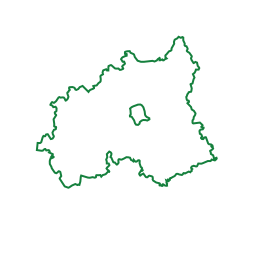 map outline of Minsk (Albers equal-area conic projection), rotated 63°
{"feature_id": "BLR-2345", "entity_name": "Minsk", "entity_type": "Region", "adm_level": 1, "iso_a3": "BLR", "parent_name": "Belarus", "parent_adm1": "", "projection": "albers", "projection_center": [27.803, 53.681], "detail": "fine", "context": "isolated", "style": "outline", "palette": "green", "viewbox_px": 256, "rotation_deg": 63, "n_neighbors": 0, "source": "natural_earth", "source_scale": "10m", "svg_char_len": 5791}
<svg xmlns="http://www.w3.org/2000/svg" viewBox="0 0 256 256"><g transform="rotate(63 128 128)"><path d="M101.1,36.8L104.3,37.7L106.5,37.2L107.1,37.4L108.0,38.6L106.8,41.0L107.9,42.0L109.0,43.5L109.5,45.7L113.3,45.9L114.3,47.4L117.6,50.3L117.6,50.7L117.3,52.1L117.4,52.4L121.6,53.2L123.6,54.6L124.3,55.3L123.7,57.4L123.7,57.7L124.5,58.7L124.9,59.8L126.2,61.0L126.8,62.0L129.1,62.7L130.3,62.7L131.1,61.6L131.8,61.5L132.5,61.9L132.7,63.4L132.9,63.8L137.9,62.3L140.4,62.8L142.6,61.5L145.6,61.2L146.8,62.2L148.1,64.4L149.9,65.7L150.5,67.0L152.3,68.0L153.1,68.1L153.6,67.7L155.8,61.5L159.1,60.3L159.6,60.4L160.3,62.1L161.0,61.7L162.0,60.5L162.5,60.8L163.1,62.0L162.5,63.7L162.5,64.2L162.7,65.2L163.2,65.7L165.8,66.6L167.0,65.6L169.0,65.8L169.6,66.0L169.7,67.2L170.3,67.5L171.4,67.1L172.0,66.1L171.9,65.6L171.1,64.4L171.4,63.1L171.7,62.8L178.2,63.6L179.3,63.1L180.3,61.5L181.9,60.7L182.3,60.8L181.7,61.5L181.8,61.9L182.0,62.1L182.5,62.1L184.5,61.4L185.0,61.5L185.5,63.1L185.6,65.1L185.9,65.3L187.2,65.3L188.8,65.9L191.0,64.5L193.9,65.1L194.5,64.5L194.7,62.7L195.4,62.8L195.9,63.5L196.3,65.3L194.1,67.8L194.8,69.0L194.9,69.6L193.7,71.8L193.3,77.5L193.1,78.8L191.6,81.5L193.3,83.7L193.4,84.2L193.1,84.9L191.5,86.6L191.3,88.6L191.9,89.7L192.5,89.9L193.7,89.4L193.9,90.2L195.2,90.7L195.3,92.0L195.7,92.5L194.4,93.7L194.4,97.9L193.6,98.5L193.4,99.0L194.1,100.2L194.3,101.3L192.7,103.4L191.5,104.4L191.0,105.4L191.0,106.1L191.8,107.6L192.0,108.6L192.0,111.3L192.2,112.0L191.8,113.0L191.9,113.4L193.1,114.2L192.0,115.9L192.3,116.2L193.5,115.6L193.8,115.9L193.6,116.7L192.1,117.7L193.5,118.0L194.2,118.6L195.5,118.5L196.2,119.1L197.1,119.4L196.9,120.1L196.0,121.2L194.1,122.2L193.9,122.6L194.0,123.1L195.2,123.6L195.1,124.0L194.1,124.7L193.7,125.7L193.5,125.9L193.0,125.8L192.3,124.9L191.6,125.0L189.4,127.6L186.3,129.4L185.0,129.4L184.1,128.7L182.7,128.3L181.9,128.7L180.2,130.6L180.1,131.3L180.7,133.0L180.1,134.1L179.6,134.4L175.6,135.0L175.6,137.2L176.0,138.6L175.7,138.9L174.0,138.9L173.5,138.5L172.2,136.2L172.6,134.7L172.3,134.1L171.2,134.8L170.2,133.7L169.4,133.8L168.4,134.3L164.7,133.7L162.6,132.5L162.0,132.6L161.4,133.5L161.8,135.5L161.6,136.3L161.0,136.8L159.2,137.3L160.3,137.9L160.4,138.3L158.6,139.1L157.8,139.8L155.4,139.7L154.2,141.1L153.3,142.7L153.4,145.4L153.3,147.9L153.0,148.6L151.9,149.8L151.7,150.5L152.2,151.2L154.7,152.2L155.6,154.0L155.4,154.7L152.7,155.4L152.1,156.4L151.6,156.6L146.8,156.3L145.9,156.8L144.3,155.0L143.1,154.3L141.8,154.5L140.5,155.4L141.7,158.7L144.6,159.7L146.3,161.8L148.1,162.1L150.0,163.0L150.9,161.3L152.6,161.4L153.2,162.6L153.7,164.5L154.3,165.5L155.8,165.3L157.2,164.5L158.2,164.4L158.5,164.7L157.9,165.8L159.0,168.9L158.5,172.0L159.2,173.9L157.4,174.0L156.5,176.1L155.7,177.6L156.0,178.0L157.3,179.0L157.2,180.1L155.7,181.9L155.0,184.6L154.0,186.2L149.1,191.3L150.0,192.2L154.1,194.8L156.6,197.1L155.8,198.0L156.0,198.6L155.9,198.9L154.0,200.4L153.8,203.9L154.2,207.3L154.1,208.3L151.3,210.9L142.1,211.9L141.8,211.7L140.5,209.3L136.5,208.3L135.8,208.6L135.1,209.3L135.1,209.7L135.6,210.9L135.7,212.5L134.5,213.5L129.3,214.2L127.9,213.9L124.6,214.0L121.9,212.7L120.4,211.4L120.2,210.8L120.3,207.8L120.1,207.4L119.2,207.6L118.6,209.1L117.4,207.0L117.1,206.9L113.9,209.5L113.3,208.4L112.2,208.4L111.6,208.9L110.9,211.0L109.2,211.2L109.0,211.5L109.0,212.6L109.5,214.2L109.0,215.4L106.3,219.2L100.3,215.3L101.4,213.4L101.5,212.8L101.2,211.7L97.5,208.2L96.7,206.9L97.5,206.1L97.7,205.5L96.6,204.0L96.9,202.7L97.2,202.3L102.8,201.8L103.1,200.9L103.1,199.8L102.1,198.1L101.6,197.8L99.4,197.8L97.7,197.3L96.0,194.8L96.0,194.1L96.3,193.4L96.2,192.8L94.7,191.7L94.3,191.7L93.5,192.8L92.9,193.0L91.0,191.9L86.4,190.3L84.0,186.2L83.6,186.1L82.2,186.6L81.1,186.3L80.7,185.9L80.6,184.6L80.3,184.0L78.0,182.7L76.2,182.9L75.5,185.1L73.8,185.2L72.2,186.6L71.8,186.4L70.5,184.2L70.6,183.7L71.9,182.7L72.0,182.3L71.4,179.8L69.7,176.8L69.3,176.0L69.3,175.1L70.3,174.3L71.0,172.4L71.7,171.4L72.9,171.1L75.1,171.2L75.3,171.1L75.3,170.2L74.6,168.5L73.2,166.9L69.8,166.4L69.1,166.1L68.8,165.6L68.6,164.4L67.8,163.7L67.6,162.6L65.9,162.5L65.2,162.0L65.2,161.4L66.3,158.9L67.3,157.9L68.0,157.4L69.9,157.4L70.6,156.8L70.7,154.6L69.7,152.5L69.9,149.4L77.9,146.8L77.2,145.6L76.9,144.2L77.2,141.1L77.1,140.2L76.6,139.9L74.9,139.9L75.1,138.7L75.6,137.5L75.8,136.5L74.6,133.9L74.3,131.8L73.8,131.1L72.1,130.1L69.3,129.1L68.9,128.3L68.8,125.9L67.1,125.5L65.8,124.4L65.4,123.8L65.7,121.0L65.8,120.7L67.2,120.6L67.8,119.4L64.8,117.8L64.0,117.2L64.0,116.8L64.1,115.0L64.5,114.3L68.9,112.6L69.6,111.8L70.7,109.5L72.5,108.9L72.9,107.9L73.1,105.7L72.9,105.3L70.5,105.2L70.0,104.3L69.6,102.1L69.2,101.5L67.1,101.3L66.9,101.5L66.8,102.4L66.4,102.7L63.5,102.9L62.8,101.7L62.5,100.7L62.7,97.8L63.0,96.4L61.6,95.6L61.3,95.8L60.9,97.0L60.5,97.0L59.1,96.3L58.9,96.1L58.9,95.6L59.3,93.9L60.3,91.6L62.1,91.6L64.7,89.5L65.4,89.3L67.9,89.7L72.4,88.9L74.9,86.4L76.2,83.9L79.3,75.7L80.8,74.1L80.9,71.7L80.2,70.2L79.9,68.1L80.3,68.0L82.0,69.1L82.3,68.5L82.5,66.3L83.6,66.1L83.9,65.5L83.5,63.9L83.6,62.0L81.9,62.5L80.4,61.8L80.1,61.3L79.9,60.4L78.4,56.9L78.3,56.4L78.6,55.0L78.3,53.9L76.8,53.0L73.9,48.6L72.2,48.0L70.7,46.5L70.5,45.9L70.5,43.4L69.7,41.5L71.6,40.0L71.7,39.6L71.6,38.8L71.7,38.2L72.5,37.7L75.1,39.0L78.4,39.1L79.9,40.0L80.9,39.8L81.7,38.8L84.2,38.8L84.8,39.1L85.7,40.4L86.1,40.6L87.1,40.3L88.8,39.2L92.8,38.6L93.4,38.8L94.4,40.2L96.2,40.5L99.9,40.1L100.0,39.6L99.7,38.0L101.1,36.8ZM127.0,119.6L128.7,119.3L129.8,117.6L129.4,115.8L128.1,114.8L127.6,112.5L127.8,110.8L128.9,108.8L130.1,107.4L130.0,105.0L128.9,104.6L126.7,106.3L125.1,106.8L124.0,106.8L120.7,105.6L116.5,104.9L114.0,105.4L112.7,106.3L111.7,108.5L111.1,113.4L111.1,115.4L111.6,117.3L113.2,117.7L117.0,119.3L117.7,120.6L118.6,121.0L119.7,119.6L124.0,119.1L127.0,119.6Z" fill="none" stroke="#15803d" stroke-width="2"/></g></svg>